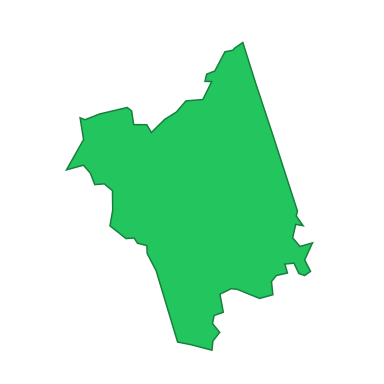 outline of Nelson, Virginia, United States of America, rotated 7°
{"feature_id": "52423323B66459643896868", "entity_name": "Nelson", "entity_type": "district", "adm_level": 2, "iso_a3": "USA", "parent_name": "United States of America", "parent_adm1": "Virginia", "projection": "albers", "projection_center": [-78.88, 37.792], "detail": "fine", "context": "isolated", "style": "filled", "palette": "green", "viewbox_px": 384, "rotation_deg": 7, "n_neighbors": 0, "source": "geoboundaries", "source_scale": "gbopen_adm2", "svg_char_len": 955}
<svg xmlns="http://www.w3.org/2000/svg" viewBox="0 0 384 384"><g transform="rotate(7 192 192)"><path d="M317.8,227.8L305.8,232.9L297.5,225.2L298.9,211.5L306.4,211.9L298.4,203.1L299.0,198.1L265.1,125.2L242.1,76.6L224.2,37.4L216.8,44.0L215.3,46.3L207.6,48.8L199.9,69.1L192.2,73.2L191.4,80.6L198.1,80.0L191.5,98.9L174.9,102.3L166.8,114.5L156.2,123.1L144.4,137.9L138.9,130.7L125.9,132.2L122.2,118.9L117.4,116.0L90.6,125.9L77.0,133.3L71.9,132.0L78.0,153.2L64.7,185.3L81.0,178.6L88.9,185.8L94.6,196.5L104.0,194.6L112.9,200.4L115.5,219.8L114.7,235.6L132.2,246.3L140.1,244.7L144.2,249.5L153.7,250.7L155.0,258.5L166.0,274.5L196.0,342.7L209.8,343.7L231.1,346.6L230.9,337.4L236.6,327.9L228.4,320.2L229.0,311.9L237.7,307.5L232.2,290.0L242.7,283.2L248.7,283.1L272.1,289.4L284.8,284.1L281.8,271.2L285.9,264.6L296.6,260.8L293.0,252.2L301.9,250.2L308.0,259.9L314.0,261.2L319.3,256.3L312.1,245.7L317.8,227.8Z" fill="#22c55e" stroke="#15803d" stroke-width="1.5"/></g></svg>